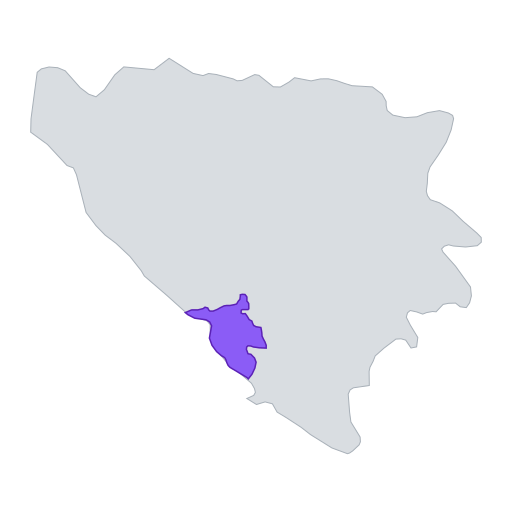 West Herzegovina on a map of Bosnia and Herzegovina (Robinson projection)
{"feature_id": "BIH-2227", "entity_name": "West Herzegovina", "entity_type": "Canton", "adm_level": 1, "iso_a3": "BIH", "parent_name": "Bosnia and Herzegovina", "parent_adm1": "", "projection": "robinson", "projection_center": [17.518, 43.363], "detail": "fine", "context": "in_parent", "style": "filled", "palette": "violet", "viewbox_px": 512, "rotation_deg": 0, "n_neighbors": 0, "source": "natural_earth", "source_scale": "10m", "svg_char_len": 3081}
<svg xmlns="http://www.w3.org/2000/svg" viewBox="0 0 512 512"><path d="M452.6,115.4L453.6,118.7L451.1,130.0L446.2,142.3L438.3,155.0L430.0,167.0L427.8,173.3L427.3,183.4L426.3,191.3L427.5,195.7L430.3,199.7L439.7,202.9L452.3,210.9L463.1,221.3L476.9,233.1L481.2,237.5L481.3,242.2L477.3,245.7L465.6,247.0L453.3,246.0L448.6,244.8L444.3,246.2L441.6,248.9L443.0,252.1L455.7,266.4L470.5,287.0L471.4,295.9L469.6,302.8L466.3,307.6L460.2,306.8L455.6,303.1L448.6,303.3L443.1,304.4L436.1,311.8L432.6,311.5L426.5,312.6L422.7,314.1L416.6,311.9L410.2,310.5L407.5,312.8L406.3,317.2L410.3,325.1L417.8,337.5L416.6,346.9L411.0,348.0L405.7,340.1L401.1,338.8L395.9,339.1L383.9,348.2L375.2,355.9L373.1,361.3L370.0,367.2L369.1,371.4L369.3,385.5L353.4,387.8L350.1,389.9L348.2,394.1L349.6,412.3L350.9,422.0L360.1,437.0L360.4,441.8L359.1,444.9L352.7,450.9L349.6,453.0L347.5,453.7L336.9,449.8L331.8,447.9L310.5,434.6L301.1,427.3L286.2,417.6L277.1,412.1L272.4,403.8L265.1,401.9L256.5,404.5L246.8,398.5L253.7,395.4L255.4,392.4L254.5,388.6L251.5,383.3L225.2,360.6L212.4,345.0L210.3,339.4L210.1,324.6L207.1,321.0L187.9,314.3L166.4,295.0L144.3,276.0L141.3,270.8L130.0,256.5L116.1,243.4L105.1,235.1L96.0,225.7L86.1,212.5L81.0,192.5L76.5,174.8L73.4,167.9L67.0,165.5L47.4,144.4L30.7,132.2L31.0,119.0L33.9,97.0L37.2,72.3L41.3,68.9L49.0,67.0L57.7,67.7L65.2,70.8L80.2,87.7L88.7,94.2L96.0,96.8L104.4,89.7L114.8,74.8L123.8,66.9L154.1,69.7L169.1,58.3L193.1,73.4L203.0,75.6L208.6,73.5L216.3,74.5L233.2,78.9L237.1,80.8L242.2,80.4L254.7,74.6L258.9,75.3L273.3,86.8L280.4,87.0L289.1,82.0L294.6,77.7L311.1,80.9L320.5,78.9L328.3,78.8L336.8,80.7L344.5,83.4L352.0,85.7L372.4,86.9L382.2,94.3L386.1,101.4L386.2,105.8L387.2,110.5L392.8,115.1L405.1,117.7L412.8,117.1L416.9,116.8L427.3,112.7L439.5,110.6L448.4,113.0L452.6,115.4Z" fill="#d9dde1" stroke="#a8b0b8" stroke-width="1"/><path d="M231.0,368.0L229.9,367.3L228.1,365.4L226.8,362.6L225.8,359.6L225.0,358.1L223.7,357.0L221.4,355.7L216.6,351.6L212.0,345.3L209.4,338.1L211.6,325.8L209.7,322.0L206.1,319.8L194.7,318.2L187.9,314.7L185.3,312.6L190.6,310.3L191.8,309.9L197.8,309.9L203.1,308.6L205.0,307.2L207.8,308.0L208.6,309.8L210.0,311.1L213.1,311.1L217.3,309.4L220.1,307.8L224.0,305.9L226.6,305.5L229.9,305.5L234.0,304.7L236.6,304.0L238.2,301.3L239.9,299.3L240.3,296.2L240.3,294.8L241.0,294.6L242.4,294.3L245.0,294.5L246.0,295.7L246.9,297.0L246.9,299.7L246.9,301.1L248.0,302.4L248.7,303.6L248.8,306.5L248.8,308.8L248.4,309.1L248.0,309.6L246.3,309.6L243.8,309.6L242.4,309.6L241.5,310.0L241.3,310.1L241.1,312.1L241.1,313.0L242.8,313.8L243.5,313.7L245.3,313.6L247.1,316.1L249.2,319.6L251.9,321.1L252.5,323.0L253.7,325.6L254.1,325.6L255.9,326.7L260.9,327.5L261.4,330.0L261.7,332.0L261.8,332.7L262.0,335.5L262.0,336.0L263.4,339.1L264.5,341.1L264.8,341.6L265.0,342.1L266.2,345.2L266.2,348.1L265.9,348.1L259.2,347.8L255.9,347.3L253.5,347.0L250.8,346.0L248.0,345.8L246.7,347.0L246.4,349.5L246.8,350.4L248.0,353.7L248.3,353.8L250.9,354.3L254.5,358.0L254.7,358.5L256.1,362.2L254.9,368.0L252.0,374.2L248.3,378.9L247.1,377.6L231.0,368.0Z" fill="#8b5cf6" stroke="#5b21b6" stroke-width="1.5"/></svg>